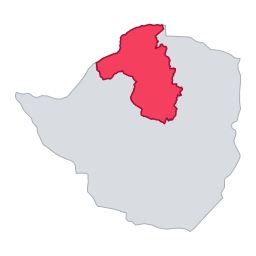 Mashonaland West highlighted on a map of Zimbabwe
{"feature_id": "ZWE-533", "entity_name": "Mashonaland West", "entity_type": "Province", "adm_level": 1, "iso_a3": "ZWE", "parent_name": "Zimbabwe", "parent_adm1": "", "projection": "orthographic", "projection_center": [29.817, -17.238], "detail": "fine", "context": "in_parent", "style": "filled", "palette": "rose", "viewbox_px": 256, "rotation_deg": 0, "n_neighbors": 0, "source": "natural_earth", "source_scale": "10m", "svg_char_len": 7452}
<svg xmlns="http://www.w3.org/2000/svg" viewBox="0 0 256 256"><path d="M190.1,231.5L187.5,229.8L184.0,228.6L179.6,228.1L173.8,228.3L166.7,229.2L159.1,228.0L151.0,224.7L144.2,223.6L136.2,225.0L135.8,225.1L134.4,224.0L132.2,221.6L128.5,221.2L127.5,220.6L126.7,219.7L126.1,218.6L125.9,217.4L126.5,213.5L126.2,213.0L125.2,212.5L123.1,212.1L118.3,210.3L112.1,208.7L102.2,206.9L98.3,206.4L97.4,205.8L96.3,204.4L94.3,199.9L92.5,197.0L88.1,192.4L87.4,191.0L87.6,187.4L87.9,184.4L88.3,181.9L88.1,179.6L88.0,176.7L88.1,174.8L87.5,173.9L85.9,173.3L81.5,173.1L76.1,173.3L75.9,170.4L75.3,165.8L74.2,163.2L73.0,161.8L70.5,160.5L65.4,158.6L58.6,155.7L52.6,151.4L45.8,146.1L43.7,145.2L41.1,140.1L37.2,131.4L37.3,128.4L36.7,127.0L33.0,122.8L32.1,120.5L31.4,118.3L25.4,112.1L23.4,109.4L21.7,105.9L20.2,103.1L18.9,101.9L17.1,100.1L15.9,97.9L15.4,96.2L15.7,94.0L16.3,92.5L21.9,94.0L25.0,94.0L27.3,93.2L30.3,94.2L33.9,97.0L37.7,97.4L41.9,95.6L47.5,96.0L54.6,98.7L60.5,99.2L67.4,96.6L73.6,89.5L79.4,82.8L85.1,75.1L88.5,68.9L93.6,63.8L100.3,59.9L107.2,56.6L117.7,52.5L119.8,49.2L120.5,45.6L120.4,40.6L121.0,37.4L122.1,35.9L123.8,34.8L126.1,33.3L133.0,29.4L138.9,27.0L146.0,25.4L153.8,25.4L161.3,25.4L165.6,25.4L165.6,30.2L166.0,35.6L166.8,36.1L172.4,36.2L181.5,36.7L190.2,37.1L195.7,41.1L197.6,41.9L203.4,43.0L210.7,49.6L219.6,50.4L225.6,52.5L231.0,54.8L234.0,57.5L236.0,58.2L238.7,58.4L240.0,58.7L239.7,60.6L237.9,63.9L238.0,68.6L240.4,75.2L240.6,80.8L239.7,90.8L239.6,100.5L239.8,104.0L240.1,106.3L240.6,107.5L240.5,109.0L239.0,113.0L237.7,117.3L237.7,119.0L237.2,120.2L236.3,121.2L232.4,123.2L231.8,124.4L231.7,126.6L232.2,128.4L233.6,129.1L235.3,130.2L236.0,131.6L236.0,133.1L235.4,135.8L233.8,140.3L235.2,145.5L236.9,148.8L239.1,152.8L240.1,155.2L240.0,156.9L239.6,158.5L236.0,165.6L233.3,169.9L230.2,174.6L226.0,177.5L224.9,178.9L224.5,180.5L224.6,184.0L224.3,187.7L220.8,193.3L222.8,198.3L222.3,198.7L221.2,199.4L216.1,204.8L210.9,210.3L207.2,214.3L202.9,218.9L198.2,224.0L194.1,228.4L190.1,231.5Z" fill="#d9dde1" stroke="#a8b0b8" stroke-width="1"/><path d="M149.2,24.5L150.5,24.6L153.0,25.3L154.3,25.4L155.4,25.2L156.6,24.9L157.8,24.8L159.0,25.0L159.7,25.5L160.0,25.7L160.5,25.6L161.2,25.0L161.4,24.9L162.2,25.0L162.7,25.2L162.6,25.6L162.6,26.8L162.7,27.2L163.1,27.6L163.5,28.6L163.3,29.0L163.1,29.4L155.4,36.1L155.3,36.3L155.3,36.7L155.5,37.0L155.8,37.3L156.4,37.5L156.5,37.7L156.6,37.9L156.4,39.0L156.6,39.5L157.0,40.0L157.0,40.6L157.2,40.8L157.4,41.0L158.0,41.0L158.2,41.3L158.2,41.6L158.1,41.9L157.3,42.4L157.2,42.5L156.8,43.1L156.7,43.6L156.8,44.8L156.8,45.5L156.6,45.8L156.2,46.0L155.9,46.5L155.4,47.6L155.4,47.9L155.4,48.1L155.7,48.3L156.0,48.4L156.4,48.4L156.6,48.2L156.8,47.7L157.0,47.5L157.3,47.4L157.6,47.3L158.4,47.5L158.5,47.4L158.8,47.1L159.1,46.9L159.9,46.7L160.2,46.4L160.3,46.1L160.1,45.1L160.2,44.8L160.4,44.6L160.7,44.5L161.8,44.3L162.3,44.4L162.5,44.5L163.1,45.9L163.7,46.5L164.0,46.6L165.7,46.5L166.1,46.7L166.3,47.1L166.7,48.1L166.7,48.8L166.1,49.9L166.0,50.8L165.8,51.7L165.5,52.4L165.2,53.1L165.0,54.4L165.0,54.7L165.1,54.9L165.7,55.9L166.3,56.2L166.7,56.5L167.3,56.7L168.6,57.4L169.1,58.5L168.9,59.2L169.6,59.7L169.9,60.2L170.0,60.7L170.0,60.9L169.8,61.2L169.3,61.9L169.2,62.5L169.4,65.2L169.4,65.4L169.6,65.6L170.1,66.0L170.3,66.3L170.2,66.5L169.8,66.8L169.8,67.7L169.9,68.3L170.1,68.5L170.5,68.6L171.4,68.5L171.8,68.7L172.8,68.2L173.1,68.1L173.3,68.2L173.4,68.7L173.5,68.8L174.2,68.5L174.5,68.5L175.2,68.7L175.3,68.9L175.3,69.0L175.0,71.8L174.9,72.0L174.5,72.7L174.1,73.1L173.4,73.8L173.4,74.1L173.7,74.4L173.7,74.8L172.6,76.9L172.2,77.5L172.0,77.9L172.4,79.6L172.5,80.1L172.5,80.5L172.1,83.0L172.1,83.8L172.4,84.0L176.6,84.0L176.6,84.7L176.3,85.5L176.3,85.8L176.4,86.0L176.7,86.1L178.3,86.8L180.2,87.9L180.4,87.9L180.9,87.4L181.1,87.3L181.7,87.5L182.4,88.9L182.1,89.8L181.3,90.8L180.9,91.0L180.4,91.2L180.2,91.3L180.1,91.5L180.1,92.1L180.3,92.6L180.3,93.0L180.1,93.4L180.1,93.6L180.2,93.8L180.9,94.3L181.1,94.5L181.3,95.0L181.1,95.3L180.2,95.6L179.4,95.8L178.9,95.4L177.9,95.0L177.7,95.0L177.5,95.3L177.5,95.7L177.5,95.9L177.7,96.6L177.7,96.8L177.4,97.0L176.8,97.4L176.6,97.7L176.6,98.0L176.6,98.5L177.1,99.5L177.0,99.8L176.4,100.3L176.3,100.5L176.0,101.5L176.1,102.0L175.9,102.6L175.4,103.4L175.1,103.7L174.9,103.9L174.4,104.2L174.2,104.4L174.3,105.7L174.4,106.0L174.6,106.4L175.8,107.5L176.6,108.4L176.8,108.6L176.9,109.1L176.8,109.4L176.3,109.8L176.2,110.0L176.1,110.3L175.8,114.8L175.7,115.1L175.6,115.4L175.4,115.7L174.2,116.9L172.8,119.1L172.7,119.3L172.5,119.0L172.4,119.0L171.8,118.8L171.5,118.8L171.4,119.2L171.6,119.8L171.4,120.0L170.9,120.0L170.4,119.7L169.6,119.4L169.5,119.5L169.4,119.6L169.6,120.2L169.5,120.3L169.2,120.5L168.7,120.7L168.3,120.7L167.8,119.6L167.6,119.3L167.2,118.2L166.9,118.1L166.6,118.4L165.4,120.9L165.1,122.6L164.9,123.1L164.3,123.6L163.1,122.4L162.5,122.1L161.8,122.0L161.2,121.7L160.5,121.4L159.5,120.4L159.1,120.2L158.7,120.0L157.7,119.8L156.8,119.8L156.0,119.7L155.2,119.3L154.4,119.2L153.5,118.7L153.2,118.7L152.6,118.8L152.1,119.2L151.9,119.2L150.8,119.0L149.7,118.4L149.1,118.3L149.0,118.2L148.7,117.8L148.5,117.6L148.2,117.6L147.6,117.3L146.9,117.3L146.8,117.2L146.3,116.8L146.0,116.6L145.5,116.4L144.6,116.3L144.0,116.4L143.7,116.3L142.6,115.6L141.8,115.3L141.6,115.2L141.3,114.8L141.2,114.3L141.2,114.0L141.2,113.4L141.1,111.8L141.3,111.5L141.6,111.1L141.6,110.5L142.0,109.3L142.0,109.0L141.9,108.8L141.8,108.7L140.7,108.2L136.7,105.6L135.9,105.4L135.7,105.2L135.1,104.4L134.0,103.8L133.3,102.9L132.9,102.2L132.1,101.5L131.9,101.2L131.9,100.7L131.4,100.1L131.1,99.7L131.1,99.4L130.9,99.0L130.9,98.3L130.7,97.5L130.7,97.3L130.8,97.1L130.9,96.6L131.2,96.2L131.9,94.3L132.2,93.7L132.4,93.2L133.0,92.5L133.2,91.3L134.0,90.6L134.2,90.2L133.7,89.5L133.7,89.1L134.2,88.6L134.5,88.2L134.6,87.9L134.6,87.1L134.7,86.4L134.6,85.5L134.1,85.0L134.0,84.7L134.3,84.3L134.7,83.9L135.1,83.2L135.3,82.9L136.0,82.4L136.2,82.2L136.5,81.6L136.4,81.4L136.2,81.3L135.7,81.1L135.3,80.9L133.3,78.6L133.1,78.2L132.9,77.2L132.7,76.8L132.5,76.6L131.8,76.2L131.4,76.2L130.8,76.3L130.5,76.3L128.5,75.6L127.9,75.2L127.0,75.0L126.2,74.3L124.2,73.6L123.9,73.4L123.6,72.9L123.4,72.5L123.0,71.9L122.8,71.1L122.5,70.8L122.3,70.8L122.2,70.8L121.1,71.6L120.7,71.6L119.9,71.5L119.4,71.6L117.8,72.1L116.7,72.8L116.5,73.0L116.3,73.4L116.0,73.6L115.8,73.6L115.2,73.6L114.9,73.6L114.7,73.7L114.5,73.9L113.3,75.3L112.7,76.5L111.6,77.9L110.9,78.4L110.6,78.8L110.4,78.9L109.7,78.5L109.3,78.7L109.1,78.7L108.0,78.5L107.5,78.6L104.6,79.3L104.2,79.5L103.8,79.6L102.9,79.4L102.5,78.1L102.4,77.9L102.2,77.7L101.7,77.5L101.4,77.3L101.1,77.0L100.6,76.6L100.4,76.4L100.2,75.3L100.1,74.5L99.8,73.9L99.9,73.4L99.9,73.1L99.6,72.6L99.5,72.3L99.6,71.5L99.4,71.3L99.1,71.2L98.5,71.2L98.3,71.2L98.1,71.0L97.8,70.2L97.6,70.1L97.2,70.0L97.0,69.8L96.8,69.6L96.9,68.9L97.3,67.8L97.3,67.5L97.1,67.3L96.6,67.1L96.8,65.3L96.2,62.9L98.8,61.7L101.7,59.3L103.7,58.0L114.3,53.7L115.6,53.4L116.5,53.4L116.9,53.3L117.7,52.5L117.9,52.0L119.1,51.1L119.5,50.7L119.7,49.6L120.5,48.1L120.5,47.4L120.0,46.2L119.9,45.6L120.0,45.0L120.7,43.3L120.2,42.5L120.3,41.3L120.7,40.0L120.8,39.0L120.5,38.4L120.4,38.1L120.5,37.8L121.0,37.0L121.6,36.1L122.6,35.2L123.2,34.9L123.8,34.8L125.1,34.8L125.9,34.6L126.2,34.3L126.8,33.1L127.1,32.7L127.6,32.3L128.2,32.0L128.8,31.8L129.0,31.6L130.1,30.5L136.5,27.5L137.0,27.4L139.5,27.2L140.0,26.9L141.1,25.9L141.8,25.7L143.6,26.1L144.3,26.0L146.0,25.4L147.3,25.2L148.5,24.6L149.2,24.5Z" fill="#f43f5e" stroke="#9f1239" stroke-width="1.5"/></svg>